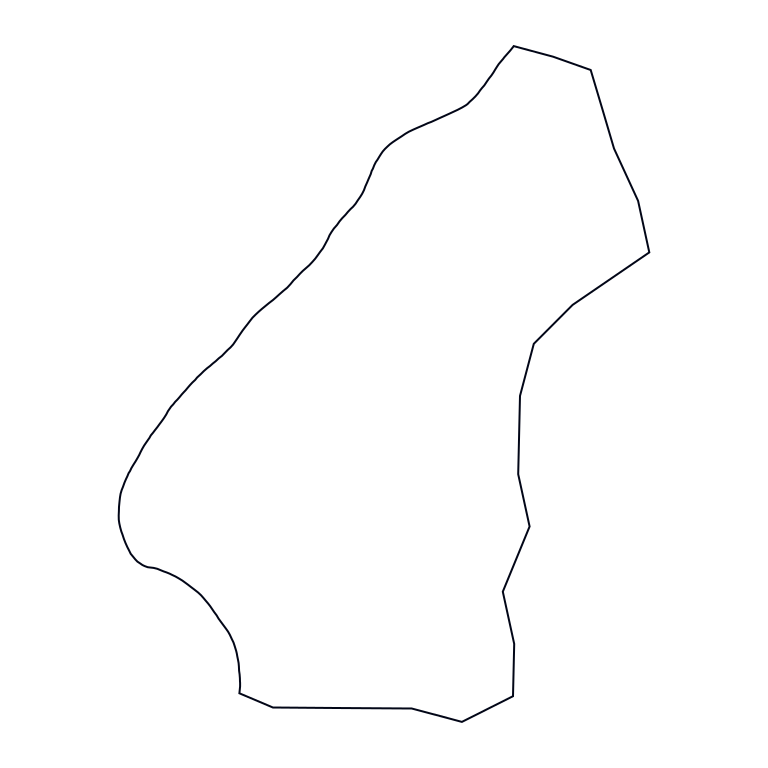 Sinuiju City, P'yŏngan-bukto, North Korea
{"feature_id": "82179303B65076017972610", "entity_name": "Sinuiju City", "entity_type": "district", "adm_level": 2, "iso_a3": "PRK", "parent_name": "North Korea", "parent_adm1": "P'yŏngan-bukto", "projection": "robinson", "projection_center": [124.379, 40.084], "detail": "fine", "context": "isolated", "style": "outline", "palette": "ink", "viewbox_px": 768, "rotation_deg": 0, "n_neighbors": 0, "source": "geoboundaries", "source_scale": "gbopen_adm2", "svg_char_len": 3129}
<svg xmlns="http://www.w3.org/2000/svg" viewBox="0 0 768 768"><path d="M649.3,252.4L638.1,200.9L614.0,148.5L602.4,109.2L590.7,70.0L553.1,56.7L513.7,46.1L513.0,47.1L510.3,50.5L507.3,53.9L504.2,57.4L503.2,58.8L500.9,61.5L498.7,64.1L496.8,67.0L495.1,69.7L493.5,72.4L491.4,75.5L488.9,78.6L486.7,81.8L484.3,85.4L482.0,88.0L480.1,90.4L478.1,93.3L475.5,96.3L472.6,99.2L469.6,101.9L467.6,104.0L466.0,105.2L462.1,107.5L457.7,109.8L453.2,111.9L448.9,113.9L444.5,115.9L439.8,118.0L435.7,119.9L431.3,121.9L427.8,123.2L424.3,124.8L421.1,126.2L417.6,127.7L413.3,129.6L408.9,131.7L405.3,133.8L401.5,136.4L398.4,138.4L395.5,140.3L392.7,142.2L389.9,144.3L387.6,146.4L385.0,148.9L382.8,151.4L381.0,154.0L379.3,156.7L377.5,159.7L375.8,162.1L374.3,165.1L372.9,168.7L371.7,170.9L370.7,174.2L368.7,178.7L367.1,182.5L365.3,186.5L364.0,190.1L362.2,193.7L360.2,196.9L357.8,200.3L355.6,203.7L353.0,206.8L350.5,209.1L347.9,211.9L345.4,214.9L342.1,218.3L339.5,221.4L337.0,225.0L333.9,228.5L331.5,232.0L329.5,235.3L328.0,238.9L326.0,242.6L324.9,244.7L322.9,248.3L320.2,251.8L317.7,255.3L315.2,258.7L312.3,262.0L309.3,265.2L306.0,268.1L302.8,270.9L300.0,273.7L297.0,277.0L293.5,280.4L290.6,284.0L287.2,287.7L283.4,290.8L279.4,294.3L276.1,297.3L273.0,300.0L269.2,302.9L265.3,306.1L261.9,308.9L258.7,311.7L255.6,314.6L252.5,317.7L249.7,321.3L247.2,324.6L245.0,327.4L242.7,330.4L241.6,332.0L239.6,334.9L237.5,338.1L235.2,341.5L233.2,344.4L230.6,347.3L227.6,350.0L224.6,353.1L221.9,355.9L218.8,358.3L215.7,361.2L212.8,363.5L210.0,366.0L207.1,368.2L203.7,371.2L200.8,374.1L197.1,377.5L195.2,379.9L192.3,382.6L189.8,385.3L187.5,388.0L185.6,390.3L183.6,392.4L181.7,394.5L179.5,397.2L177.4,399.6L175.2,401.8L173.2,404.4L171.1,406.6L169.6,408.8L168.0,411.1L166.3,414.4L164.2,417.7L163.1,419.3L161.0,422.2L159.4,424.3L157.3,427.2L155.0,430.1L152.9,432.9L150.8,435.4L149.5,437.8L147.8,440.2L145.8,443.1L144.1,445.6L142.2,448.9L140.5,452.2L139.2,455.0L137.3,458.4L135.6,461.3L133.5,464.6L131.4,468.1L130.0,471.1L128.6,473.2L127.3,476.4L126.0,479.1L124.5,482.6L123.0,486.8L121.7,490.0L120.6,493.7L120.0,497.2L119.5,501.7L119.0,506.9L118.9,511.1L118.7,515.5L118.8,519.9L119.3,523.3L120.2,527.4L121.3,531.4L122.5,534.6L123.9,538.9L125.5,543.0L127.3,547.0L129.2,550.7L130.7,553.8L133.1,556.7L135.3,559.4L137.4,561.6L140.4,563.6L142.4,565.0L144.7,566.1L147.7,567.2L150.2,567.5L153.6,567.9L157.3,568.8L160.2,570.0L163.6,571.4L166.5,572.4L169.7,573.7L172.3,575.0L175.5,576.5L178.8,578.4L182.4,580.6L185.0,582.5L188.0,584.7L190.7,586.8L194.0,589.3L198.1,592.5L201.0,595.2L203.3,597.8L205.8,600.8L208.1,603.5L210.2,606.2L212.1,609.0L214.2,612.1L216.6,615.3L218.6,618.7L220.8,621.7L223.4,625.2L225.7,628.3L228.1,631.7L229.9,634.9L231.6,638.6L233.5,642.5L234.5,645.5L235.4,648.4L236.2,651.0L236.8,653.5L237.3,656.4L238.0,659.8L238.6,663.0L238.9,666.4L239.1,670.8L239.6,674.3L239.9,678.1L240.0,681.8L240.1,682.8L240.1,684.8L240.1,686.4L239.8,689.4L239.4,693.3L272.9,707.5L336.0,708.0L411.7,708.5L448.9,718.4L461.9,721.9L513.0,696.2L514.2,643.9L502.8,591.7L529.6,526.5L518.2,474.2L520.0,395.9L533.8,343.8L572.6,304.9L649.3,252.4Z" fill="none" stroke="#020617" stroke-width="2"/></svg>